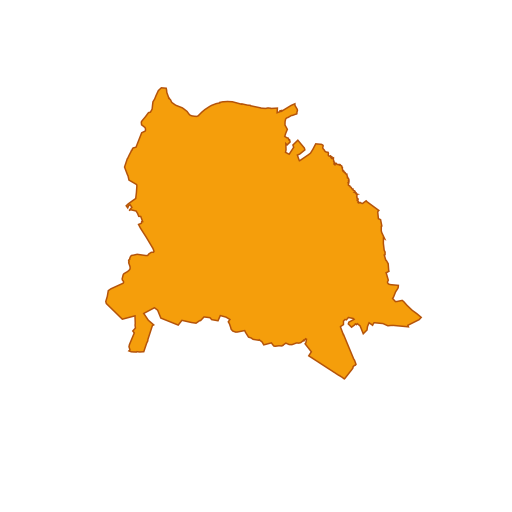 the district of Maltas pag., Rezeknes, Latvia, rotated 33°
{"feature_id": "27541924B14465730605778", "entity_name": "Maltas pag.", "entity_type": "district", "adm_level": 2, "iso_a3": "LVA", "parent_name": "Latvia", "parent_adm1": "Rezeknes", "projection": "albers", "projection_center": [27.185, 56.309], "detail": "fine", "context": "isolated", "style": "filled", "palette": "amber", "viewbox_px": 512, "rotation_deg": 33, "n_neighbors": 0, "source": "geoboundaries", "source_scale": "gbopen_adm2", "svg_char_len": 6120}
<svg xmlns="http://www.w3.org/2000/svg" viewBox="0 0 512 512"><g transform="rotate(33 256 256)"><path d="M422.4,232.4L421.1,231.4L427.5,220.5L428.0,217.5L422.7,216.8L416.6,216.5L409.3,215.1L404.7,213.8L402.8,213.6L399.1,217.3L397.8,218.3L393.7,217.2L393.7,215.5L392.6,210.1L392.6,205.9L392.3,204.7L391.4,203.1L384.5,206.7L382.7,207.3L381.5,207.1L381.0,206.8L380.4,206.2L380.1,204.2L374.2,199.1L374.9,198.2L375.8,196.3L375.2,195.9L371.1,190.5L367.8,188.8L367.1,188.8L363.0,185.3L363.5,184.6L362.1,182.4L360.4,181.4L355.9,176.0L353.1,171.5L354.5,171.5L348.6,167.8L347.3,166.6L344.9,162.8L345.2,162.3L340.7,157.7L338.3,158.0L334.1,152.8L334.0,151.9L334.2,150.9L318.6,150.0L318.5,149.2L316.8,153.8L316.5,154.1L314.5,154.5L314.3,154.4L313.3,155.6L312.6,155.6L312.8,154.9L312.7,154.8L312.3,154.8L312.1,154.5L310.9,154.4L311.1,154.0L310.7,152.7L310.0,153.0L310.0,152.7L309.7,152.7L309.6,152.3L309.0,152.2L308.4,151.7L308.4,151.4L307.9,151.0L307.9,150.6L307.1,149.5L307.4,149.1L306.9,149.3L306.7,149.0L306.4,149.1L306.2,149.0L305.9,149.3L305.4,149.0L305.4,148.6L304.3,148.9L304.7,148.4L304.1,148.2L304.1,147.9L304.4,147.7L303.6,147.9L303.0,147.7L302.5,147.9L301.3,147.7L300.9,147.0L299.8,147.4L298.4,146.6L297.3,146.7L296.5,146.1L295.8,146.3L295.0,146.3L294.3,145.4L294.3,145.1L293.9,144.8L294.0,144.5L293.4,144.2L293.8,143.9L293.7,143.4L293.0,142.9L293.2,142.5L292.8,142.0L292.4,142.1L292.2,141.2L290.9,140.4L290.4,140.7L290.1,140.7L289.3,139.4L288.8,139.2L287.6,137.9L287.2,138.3L285.9,137.8L285.4,137.9L285.2,137.5L284.4,137.7L283.6,137.0L283.1,137.1L283.0,137.5L282.7,137.4L282.6,136.9L281.9,136.9L281.6,136.3L280.5,135.4L280.2,134.6L279.5,134.6L279.2,134.2L278.8,133.8L277.6,133.9L277.1,133.6L276.7,133.6L276.7,133.9L276.4,133.8L276.2,134.3L275.8,134.1L274.2,135.0L273.2,134.9L273.0,134.6L272.7,134.6L272.1,135.2L272.6,136.5L272.3,136.6L272.0,136.4L271.6,136.5L270.8,135.6L270.9,134.8L270.8,134.6L269.6,134.4L269.3,133.7L268.0,132.7L267.9,132.1L267.5,131.5L266.4,133.0L266.2,133.0L266.0,132.7L266.0,131.7L265.8,131.5L265.0,131.6L264.9,131.7L265.0,132.2L264.9,132.4L263.9,131.4L263.1,132.4L262.0,132.3L261.5,131.8L260.9,130.5L260.0,129.8L258.2,130.6L257.3,130.6L256.3,130.5L255.7,130.0L253.6,129.4L252.9,128.7L252.3,127.0L251.6,126.6L250.1,126.7L245.0,129.4L245.6,135.6L245.7,140.1L244.8,142.6L240.7,152.4L240.5,152.5L238.2,150.8L235.7,148.8L237.2,146.6L239.2,140.4L237.7,139.1L228.0,136.1L226.5,142.8L228.4,144.3L228.4,152.6L224.3,153.0L223.4,150.7L219.8,145.5L221.6,145.9L222.5,141.9L221.8,141.0L220.3,140.7L220.4,140.3L220.1,140.4L218.7,139.6L217.6,140.0L215.0,140.1L214.1,137.0L213.3,132.7L209.0,130.4L207.2,127.5L206.3,125.1L206.3,124.5L206.5,123.7L206.8,123.1L207.4,122.4L209.1,119.0L210.1,118.1L212.0,115.5L212.6,114.9L212.8,114.5L212.0,113.1L211.5,111.4L211.2,111.0L210.5,110.4L207.0,108.7L206.0,107.7L205.7,107.2L203.5,110.5L198.7,120.5L198.2,120.0L197.1,121.2L197.7,121.6L195.7,124.3L193.4,120.3L188.1,124.2L187.8,124.1L185.4,125.3L183.7,127.0L179.6,129.3L179.1,129.3L169.5,133.0L169.0,132.8L167.0,134.0L161.3,136.1L161.4,136.5L152.2,139.5L148.0,141.9L144.0,144.9L142.0,146.9L142.3,147.3L139.7,149.8L136.7,153.9L135.6,156.0L133.4,161.0L132.2,164.9L131.1,170.1L130.3,171.2L128.1,172.4L125.9,173.4L124.1,173.8L122.5,173.5L119.4,172.3L114.9,171.9L113.3,171.9L106.5,173.3L102.0,173.1L101.4,172.9L99.1,171.5L97.2,171.3L97.3,170.9L96.2,170.5L92.1,167.4L90.7,165.6L89.3,164.2L85.0,166.5L84.0,170.4L84.8,176.0L85.5,179.5L85.6,182.8L86.9,185.5L88.9,189.4L89.1,192.9L87.9,194.1L87.7,194.8L87.4,199.8L86.8,204.6L86.8,205.8L87.1,206.5L88.6,208.3L93.0,208.7L94.2,209.7L95.0,211.1L94.9,211.8L93.0,214.9L96.1,230.0L95.5,230.8L94.1,232.3L94.0,233.5L94.4,234.3L94.0,235.2L94.2,235.4L94.7,240.4L95.2,244.0L95.1,244.6L97.3,253.0L104.1,258.0L104.8,258.3L108.1,261.5L116.6,261.1L117.4,261.4L118.1,262.4L121.3,268.2L123.8,273.3L122.2,277.3L120.4,282.0L119.8,284.6L122.2,285.5L121.8,283.1L122.5,281.5L125.4,282.8L124.9,286.4L125.1,286.5L125.8,285.4L130.9,283.6L133.3,284.7L136.1,286.6L137.8,285.6L142.2,288.9L141.4,289.5L142.1,291.0L140.3,293.5L144.0,295.6L153.5,299.9L165.5,305.8L167.9,307.6L168.0,308.7L167.9,308.8L166.7,309.5L166.1,310.1L165.0,312.6L164.9,314.1L164.8,314.6L163.6,315.5L155.4,319.3L152.6,322.2L151.4,323.2L151.0,324.5L151.4,326.8L151.9,327.7L151.5,328.5L151.8,329.5L152.6,329.9L152.9,331.0L156.1,333.5L157.0,334.6L157.4,335.6L157.4,336.7L156.8,338.9L154.9,342.7L154.8,343.5L154.9,344.3L156.2,348.1L157.0,348.9L158.6,349.4L159.3,350.2L159.4,351.2L152.2,362.5L151.0,365.5L153.3,370.9L154.8,376.0L156.4,377.4L178.3,381.8L187.1,372.1L191.5,378.4L192.2,379.8L194.1,382.1L193.5,386.0L195.8,386.8L198.1,399.2L198.9,401.3L201.4,403.3L201.1,404.8L203.5,404.3L205.5,403.2L208.0,401.7L208.2,401.1L210.8,399.8L214.0,397.4L211.7,388.4L211.5,386.3L210.8,384.9L207.0,370.8L207.7,369.5L200.6,368.5L193.1,365.3L199.0,354.7L203.0,355.0L210.0,359.9L228.4,356.3L228.9,350.3L238.2,346.9L242.3,345.0L244.0,340.8L244.7,340.4L245.6,335.4L251.0,332.8L253.5,333.5L259.4,331.0L258.5,325.4L264.1,323.6L268.7,323.4L268.6,326.3L270.6,327.3L273.3,329.4L275.1,331.0L277.4,331.6L280.4,330.9L281.8,329.9L287.1,324.7L288.9,325.8L293.9,328.1L296.5,327.4L298.9,327.5L304.3,325.1L304.3,324.5L308.0,324.8L310.9,326.3L316.2,320.5L319.9,321.8L321.2,321.3L324.1,318.8L326.6,317.4L327.0,316.8L326.9,316.8L328.5,312.8L332.1,312.2L334.4,310.8L337.4,306.8L339.3,305.8L340.7,304.3L341.6,301.6L341.7,300.7L342.4,301.0L342.4,299.6L342.6,299.1L342.6,298.4L343.7,298.3L345.0,301.4L345.1,301.8L345.0,302.9L354.6,306.2L354.6,311.0L390.3,311.0L391.3,310.9L391.4,310.7L392.1,310.9L394.0,310.8L396.9,311.0L396.9,310.7L397.2,310.4L397.3,309.4L398.3,298.0L398.3,297.4L397.7,295.6L398.6,293.4L398.8,293.4L398.9,292.4L395.3,289.7L394.2,289.3L372.2,274.2L372.1,274.4L365.6,269.6L365.3,269.2L366.7,265.9L364.8,262.9L365.2,260.8L366.6,260.3L367.0,257.2L371.7,255.4L372.8,255.7L369.9,260.9L370.4,262.7L374.9,263.7L376.2,260.2L376.3,258.8L377.6,258.8L377.8,257.6L381.3,257.9L388.3,262.8L389.4,257.6L387.9,254.4L387.2,250.4L391.5,250.6L391.3,249.3L391.4,247.6L399.3,243.5L404.6,242.7L406.8,240.9L409.0,239.4L422.4,232.4Z" fill="#f59e0b" stroke="#b45309" stroke-width="1.5"/></g></svg>